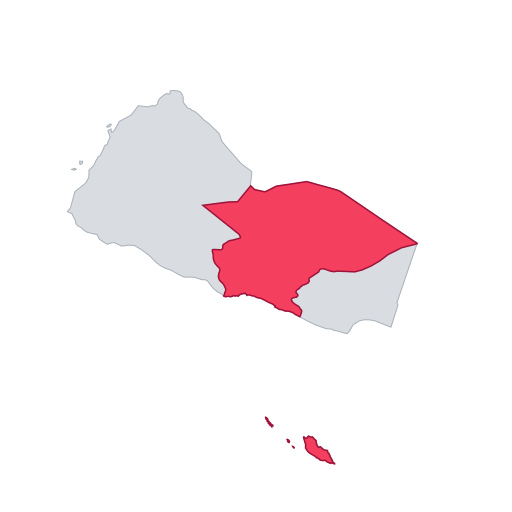 Hadramawt on a map of Yemen (orthographic projection), rotated 42°
{"feature_id": "YEM-3497", "entity_name": "Hadramawt", "entity_type": "Governorate", "adm_level": 1, "iso_a3": "YEM", "parent_name": "Yemen", "parent_adm1": "", "projection": "orthographic", "projection_center": [51.058, 15.554], "detail": "fine", "context": "in_parent", "style": "filled", "palette": "rose", "viewbox_px": 512, "rotation_deg": 42, "n_neighbors": 0, "source": "natural_earth", "source_scale": "10m", "svg_char_len": 7581}
<svg xmlns="http://www.w3.org/2000/svg" viewBox="0 0 512 512"><g transform="rotate(42 256 256)"><path d="M403.9,218.6L387.4,224.8L383.1,227.5L379.2,230.9L376.2,235.0L374.2,242.4L375.8,249.1L375.7,252.7L371.4,255.1L367.4,256.8L363.0,259.4L360.3,260.1L358.1,262.2L355.5,263.6L346.3,267.4L336.2,270.3L320.1,273.8L313.9,277.6L308.2,280.2L299.6,280.9L287.8,284.4L281.2,287.3L273.0,291.9L271.2,293.4L269.7,296.8L267.1,299.8L262.2,304.6L258.5,307.1L256.0,307.2L251.2,308.5L245.5,308.7L236.0,306.9L233.6,308.1L231.5,309.9L224.1,313.2L216.6,319.8L211.1,321.5L202.2,323.4L196.0,326.1L191.8,327.1L186.5,327.6L176.6,327.1L167.2,327.9L158.5,329.6L154.3,333.0L149.5,338.6L141.9,340.7L140.0,342.7L137.6,346.8L132.6,347.8L128.2,348.3L123.7,346.4L115.0,351.2L111.7,351.9L106.8,351.9L103.2,352.9L100.7,352.5L97.7,350.4L91.1,347.8L86.2,349.2L85.9,344.4L78.4,329.5L80.4,316.9L80.5,315.1L79.1,309.3L74.5,304.0L74.8,297.4L73.4,292.6L72.3,287.8L72.8,286.5L72.9,285.3L70.7,277.8L70.0,276.3L69.7,274.7L70.6,273.5L70.6,272.2L69.4,269.8L68.2,265.4L61.9,261.8L63.3,258.6L64.5,259.8L66.2,260.8L66.6,258.8L66.7,257.2L64.4,247.4L68.9,234.7L68.0,223.1L74.3,218.6L75.9,217.3L76.8,216.1L78.3,213.5L80.3,212.7L81.1,209.9L81.1,208.6L79.9,207.3L79.1,204.0L79.5,199.9L79.9,198.2L80.7,195.1L82.9,194.0L83.4,193.1L81.9,191.1L82.1,189.9L85.8,186.7L87.2,185.8L89.6,184.8L91.4,184.9L93.5,185.5L95.3,186.5L97.1,188.3L98.9,190.3L101.8,191.1L103.9,191.0L105.5,191.9L106.9,191.5L108.5,190.5L111.0,190.7L113.3,189.6L119.7,189.3L125.9,189.8L132.4,189.1L138.9,189.4L145.4,189.6L146.9,189.8L148.3,190.4L153.7,193.5L157.9,194.2L166.2,195.3L175.2,196.3L183.0,197.3L189.6,196.7L195.1,196.2L196.5,196.4L198.2,198.2L201.4,202.8L204.4,207.2L209.9,207.5L213.4,206.0L217.3,203.8L219.7,202.0L222.5,195.1L224.4,190.6L228.5,185.6L231.9,181.5L236.5,175.9L239.0,172.8L244.0,166.8L248.7,164.4L257.7,159.9L266.6,155.5L272.4,152.6L277.2,151.3L285.4,150.2L295.0,148.9L304.6,147.6L314.9,146.2L326.3,144.6L334.1,143.5L344.1,142.1L352.3,140.9L359.7,139.8L367.3,138.7L368.7,142.1L370.2,145.5L371.6,148.9L373.1,152.3L374.5,155.7L376.0,159.1L377.4,162.5L378.9,165.9L380.3,169.3L381.8,172.7L383.3,176.1L384.7,179.5L386.2,182.9L387.7,186.3L389.1,189.7L390.6,193.1L392.0,196.4L394.4,197.5L395.8,200.6L397.8,205.1L399.8,209.6L401.9,214.1L403.9,218.6ZM427.7,355.2L429.7,355.6L432.8,354.4L441.8,354.1L452.6,357.7L450.6,358.7L449.4,360.1L444.6,361.4L440.0,364.4L426.3,366.0L422.3,365.3L418.9,362.5L412.8,358.9L415.2,356.5L415.7,355.5L416.6,354.4L420.0,352.6L423.5,352.8L427.7,355.2ZM64.5,304.9L64.1,305.7L63.5,305.5L61.5,303.6L63.8,301.6L65.0,303.6L64.5,304.9ZM59.8,259.3L58.7,260.0L58.5,258.6L59.2,255.7L60.3,254.9L61.0,257.1L60.5,258.3L59.8,259.3ZM63.2,314.0L61.0,315.0L62.6,312.3L64.1,311.8L64.5,312.0L63.2,314.0Z" fill="#d9dde1" stroke="#a8b0b8" stroke-width="1"/><path d="M367.3,138.7L367.5,139.3L358.7,152.4L353.2,166.5L351.3,176.7L348.2,186.4L344.2,195.3L340.0,201.7L326.9,212.5L324.4,215.5L321.7,217.3L316.0,219.7L314.6,220.5L313.8,221.2L313.1,222.0L312.5,223.4L312.6,224.1L312.9,224.9L313.2,226.1L310.6,236.0L310.5,237.2L311.0,237.9L311.5,238.4L312.2,238.8L312.6,239.7L312.8,240.9L311.5,244.4L310.9,245.3L310.4,246.0L310.1,247.2L310.1,248.0L309.8,249.0L309.8,249.9L309.9,250.7L310.0,251.3L309.7,252.0L309.4,252.9L309.1,254.3L309.4,255.5L310.0,256.2L311.0,256.5L312.0,256.6L313.3,257.0L313.6,257.4L313.8,258.0L313.7,259.4L313.3,259.9L312.8,260.4L312.2,261.4L311.7,262.1L311.3,262.7L311.2,263.3L311.2,263.9L311.4,264.5L311.9,265.1L314.0,265.8L315.6,265.8L318.2,265.6L319.0,265.4L319.8,265.1L322.0,265.0L324.2,265.6L326.0,265.8L326.7,266.2L327.3,267.1L327.6,267.7L328.0,268.4L328.2,269.3L328.6,269.9L328.8,270.5L329.1,271.0L329.1,271.6L329.2,271.8L324.5,273.1L321.0,273.5L317.8,274.8L317.0,275.3L314.5,277.4L314.0,277.7L312.7,277.9L310.7,278.9L308.6,280.4L308.1,280.5L307.5,280.2L306.7,280.4L305.3,281.0L304.7,281.2L304.4,281.2L304.0,281.3L303.9,280.6L303.7,280.2L303.4,280.2L302.9,280.4L300.8,280.5L296.0,282.1L288.7,283.9L284.8,286.1L283.4,286.6L281.9,286.9L281.2,287.2L279.9,288.1L277.2,289.4L275.9,290.3L275.6,291.4L275.3,291.3L274.8,291.0L274.1,290.8L273.3,290.9L272.6,291.2L272.2,291.7L270.5,294.1L269.9,295.3L269.5,296.7L269.8,296.8L269.8,297.2L269.7,297.6L269.6,297.9L269.2,298.1L267.9,298.7L267.6,298.9L267.4,299.7L266.9,300.0L266.3,300.1L265.8,300.4L265.6,300.6L265.5,300.9L265.5,301.7L265.4,301.8L265.2,302.0L265.0,302.3L264.6,303.2L264.0,303.6L262.8,304.1L260.8,306.5L260.2,306.9L260.0,307.0L259.6,307.2L259.4,307.3L259.2,307.4L258.9,307.3L258.6,307.3L258.6,307.1L258.5,306.6L258.3,305.9L257.4,304.3L257.2,303.7L257.1,303.1L256.8,302.4L256.3,301.7L255.6,300.8L252.6,299.4L249.8,298.6L247.3,298.6L245.1,298.4L242.7,297.2L241.0,295.5L240.6,294.6L239.8,293.5L239.5,292.4L238.8,291.1L238.2,290.3L237.4,289.8L236.5,289.5L234.1,289.4L230.7,288.9L228.2,287.9L225.7,286.2L223.4,283.8L219.8,281.2L219.5,280.3L220.3,279.4L225.7,274.9L226.2,273.9L226.2,272.9L224.9,271.0L224.1,270.2L224.1,269.3L224.2,268.4L225.2,265.5L225.2,264.6L225.6,263.4L226.4,261.8L227.8,260.1L232.2,253.4L231.8,252.3L228.9,251.2L182.6,253.9L199.2,234.5L206.0,228.0L205.1,207.4L209.4,207.6L210.4,207.5L211.4,207.1L215.4,204.8L219.2,202.7L220.2,201.4L222.5,195.4L224.1,191.2L224.7,190.1L227.9,186.2L232.9,180.2L238.1,173.8L241.1,170.2L243.7,167.0L244.4,166.5L248.6,164.4L254.2,161.7L260.4,158.5L266.0,155.7L270.7,153.4L272.2,152.7L275.2,151.6L279.4,151.0L284.5,150.3L289.7,149.6L294.9,148.9L300.1,148.2L305.3,147.5L310.5,146.8L315.6,146.1L320.8,145.4L326.0,144.7L331.2,143.9L336.3,143.2L341.5,142.5L346.7,141.7L351.9,141.0L357.0,140.2L362.2,139.5L367.3,138.7ZM451.2,358.0L452.1,357.9L452.7,357.5L453.1,357.5L453.5,357.8L453.1,358.2L452.2,358.5L451.4,358.7L450.8,358.9L450.4,359.2L450.4,360.1L449.0,360.7L447.9,361.0L446.5,361.5L445.0,361.4L443.8,361.9L443.5,362.2L442.9,363.1L442.6,363.3L441.8,363.7L440.8,364.5L440.3,364.8L439.3,364.7L437.8,364.8L437.2,364.7L436.7,364.9L435.9,365.6L435.2,365.3L434.7,365.2L433.6,365.4L432.2,365.7L428.2,366.5L426.7,366.7L424.8,366.5L422.9,366.0L421.4,365.6L420.7,364.9L420.2,364.3L419.6,363.6L419.2,362.8L418.3,362.5L416.9,361.6L413.4,359.5L412.6,358.8L412.5,358.6L412.8,358.3L413.7,358.6L414.4,358.5L415.1,358.1L415.2,357.9L415.3,357.6L415.6,357.0L415.7,356.7L415.4,354.7L415.9,354.5L416.5,354.4L417.9,354.1L418.2,353.6L418.6,353.1L418.9,352.7L419.5,352.7L421.3,353.0L422.4,353.1L423.2,353.0L424.0,352.9L425.3,354.1L427.7,355.8L429.2,356.2L430.4,356.5L431.1,355.6L431.4,354.8L432.3,354.6L433.0,354.7L433.5,354.9L434.7,354.8L435.8,354.8L437.0,354.1L437.5,353.9L438.3,353.4L438.6,352.9L439.5,352.8L439.9,353.3L440.4,353.6L441.1,354.1L441.6,353.9L442.0,353.7L442.2,353.8L442.5,354.1L442.8,354.4L443.4,354.5L444.2,354.6L444.5,355.1L445.0,355.3L446.2,355.8L447.5,356.1L448.9,356.8L449.6,357.0L451.2,358.0ZM378.7,370.5L379.7,370.9L381.5,370.5L382.0,370.6L382.2,370.9L381.7,371.1L381.4,371.5L381.7,371.7L382.0,372.3L381.0,372.1L380.6,372.2L380.0,372.4L378.5,372.1L377.0,372.0L376.9,371.7L376.5,371.2L376.3,371.2L376.1,371.2L375.4,371.4L375.0,371.5L374.9,371.4L374.5,370.8L374.4,370.6L374.2,370.7L373.6,370.4L373.1,370.5L372.8,370.6L372.5,370.4L372.4,370.3L371.3,369.8L371.1,369.4L371.6,369.2L372.1,369.1L373.0,369.2L373.9,369.4L375.0,370.1L375.7,370.3L376.2,370.3L377.2,370.5L378.7,370.5ZM404.1,371.2L404.7,371.2L405.1,371.5L405.3,372.1L405.3,372.6L404.8,372.7L404.3,372.8L403.3,372.4L402.6,371.8L401.9,371.6L402.0,371.3L402.5,371.1L402.9,371.2L403.3,371.0L403.7,371.0L404.1,371.2ZM410.7,373.0L411.3,372.7L412.0,372.7L412.3,372.9L412.7,373.0L412.7,373.3L411.6,373.2L411.2,373.2L410.7,373.0Z" fill="#f43f5e" stroke="#9f1239" stroke-width="1.5"/></g></svg>